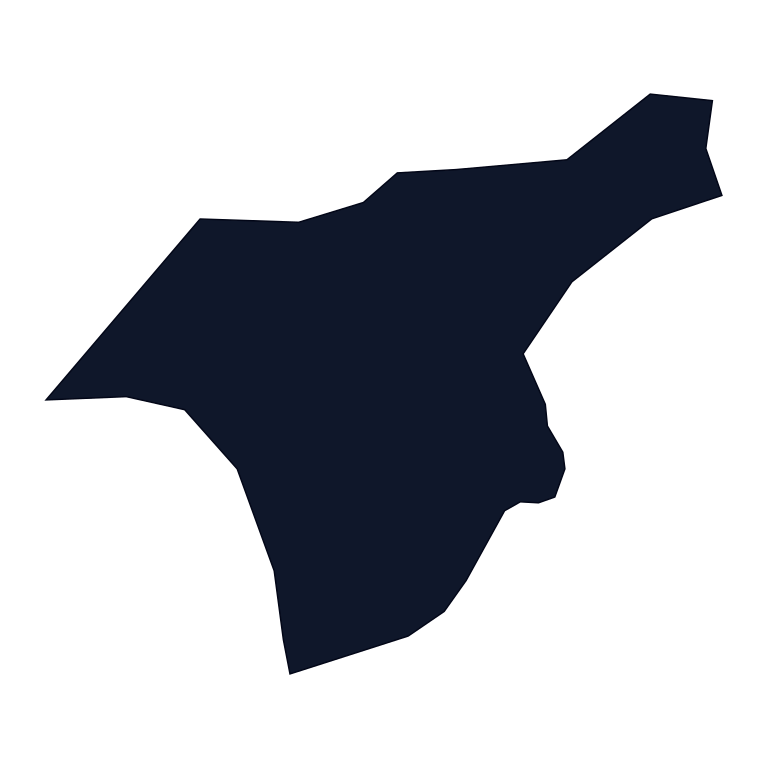 the District of Grand Port
{"feature_id": "MUS-5185", "entity_name": "Grand Port", "entity_type": "District", "adm_level": 1, "iso_a3": "MUS", "parent_name": "Mauritius", "parent_adm1": "", "projection": "albers", "projection_center": [57.689, -20.397], "detail": "fine", "context": "isolated", "style": "filled", "palette": "ink", "viewbox_px": 768, "rotation_deg": 0, "n_neighbors": 0, "source": "natural_earth", "source_scale": "10m", "svg_char_len": 514}
<svg xmlns="http://www.w3.org/2000/svg" viewBox="0 0 768 768"><path d="M712.4,100.7L705.8,148.5L721.9,195.4L651.8,218.8L571.9,281.8L523.1,353.8L545.3,404.3L547.4,426.0L562.8,452.2L564.9,468.9L554.8,497.0L538.5,502.8L520.3,501.8L504.6,510.7L466.1,580.5L444.2,611.4L408.2,636.0L290.0,673.9L283.4,639.8L274.2,570.8L237.2,468.9L184.7,409.7L126.2,396.6L46.1,399.9L200.1,219.0L298.7,222.3L363.4,202.5L397.3,172.9L455.9,169.6L566.9,159.8L650.2,94.1L712.4,100.7Z" fill="#0f172a" stroke="#020617" stroke-width="1.5"/></svg>